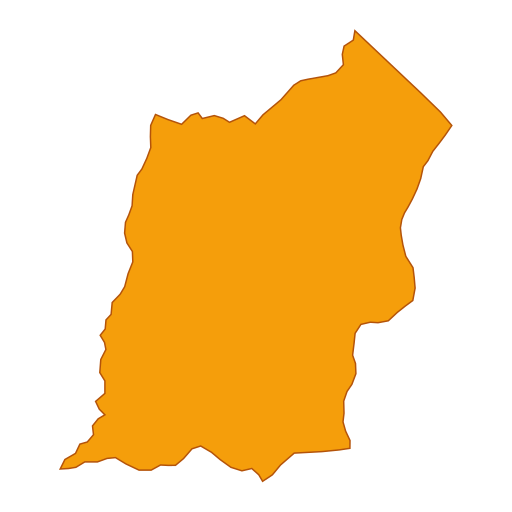 Braúna, São Paulo, Brazil (Albers equal-area conic projection)
{"feature_id": "56859067B77471541506596", "entity_name": "Braúna", "entity_type": "district", "adm_level": 2, "iso_a3": "BRA", "parent_name": "Brazil", "parent_adm1": "São Paulo", "projection": "albers", "projection_center": [-50.346, -21.547], "detail": "fine", "context": "isolated", "style": "filled", "palette": "amber", "viewbox_px": 512, "rotation_deg": 0, "n_neighbors": 0, "source": "geoboundaries", "source_scale": "gbopen_adm2", "svg_char_len": 1677}
<svg xmlns="http://www.w3.org/2000/svg" viewBox="0 0 512 512"><path d="M415.1,288.1L414.2,277.7L413.0,267.7L405.8,256.3L402.9,244.9L401.2,235.1L400.4,227.8L401.8,219.5L404.5,212.9L408.1,206.9L412.3,199.1L417.0,189.0L420.7,178.6L423.3,166.7L427.9,160.7L432.8,151.3L439.4,142.9L445.3,135.0L451.8,125.5L440.5,112.1L421.8,93.9L354.9,30.7L353.3,40.1L344.1,46.1L342.3,54.4L343.4,64.7L335.8,72.9L327.9,75.7L308.1,79.2L300.7,80.8L293.8,85.2L280.9,99.8L263.0,114.8L255.3,123.9L244.5,115.7L229.5,122.3L223.2,118.3L214.3,115.6L202.3,118.5L198.1,112.9L190.9,115.2L181.6,124.3L168.0,119.6L155.5,114.5L150.7,125.4L150.4,136.7L150.8,147.6L146.8,158.4L141.9,169.0L137.2,175.3L132.8,194.6L132.1,205.8L128.8,214.9L125.5,222.3L124.6,233.1L126.9,242.9L132.4,251.5L132.8,261.9L128.1,273.7L124.7,286.7L120.2,294.2L112.2,302.5L111.1,314.4L106.0,319.9L105.2,329.0L100.2,335.3L104.5,342.4L105.9,349.5L100.8,359.5L99.8,372.6L104.9,380.9L104.9,393.4L95.6,401.4L99.3,409.2L104.9,414.8L98.2,418.8L92.5,425.9L93.5,434.7L87.3,442.0L79.9,444.1L75.5,453.4L64.9,459.5L60.2,469.0L68.5,468.5L75.9,467.3L84.8,461.9L97.5,461.9L107.1,458.4L115.5,457.6L125.9,463.9L139.0,470.1L151.2,470.1L160.5,465.0L168.5,465.4L175.5,465.3L183.5,458.6L192.0,448.8L200.7,446.0L211.5,452.3L220.3,459.7L230.9,467.3L241.9,470.8L251.8,468.5L258.8,474.8L262.6,481.3L272.4,474.8L280.5,465.0L294.2,453.1L322.0,451.6L339.3,449.9L349.9,448.3L350.0,440.5L345.6,431.1L343.0,421.9L344.0,413.2L343.7,401.1L347.0,391.5L351.9,384.3L355.9,373.7L355.5,363.5L352.6,355.2L354.1,342.9L355.1,333.3L360.9,324.4L370.3,322.2L378.0,322.7L388.3,320.8L397.3,312.4L405.1,306.2L412.8,300.5L415.1,288.1Z" fill="#f59e0b" stroke="#b45309" stroke-width="1.5"/></svg>